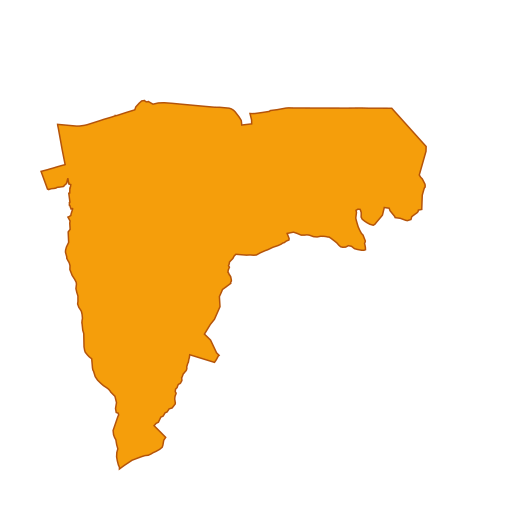 outline of Lugasu De Jos, Bihor, Romania, rotated 167°
{"feature_id": "2599482B52490919803078", "entity_name": "Lugasu De Jos", "entity_type": "district", "adm_level": 2, "iso_a3": "ROU", "parent_name": "Romania", "parent_adm1": "Bihor", "projection": "orthographic", "projection_center": [22.33, 47.093], "detail": "fine", "context": "isolated", "style": "filled", "palette": "amber", "viewbox_px": 512, "rotation_deg": 167, "n_neighbors": 0, "source": "geoboundaries", "source_scale": "gbopen_adm2", "svg_char_len": 5534}
<svg xmlns="http://www.w3.org/2000/svg" viewBox="0 0 512 512"><g transform="rotate(167 256 256)"><path d="M419.7,428.9L419.8,428.1L419.9,424.4L420.9,404.1L421.0,401.4L421.4,388.7L421.4,388.0L421.8,387.9L423.3,387.9L426.3,387.8L431.6,387.5L432.3,387.4L436.1,387.2L436.6,387.2L438.4,387.1L439.1,387.0L446.4,386.8L444.1,368.1L443.7,368.0L443.4,367.6L443.0,367.6L443.0,367.4L442.9,367.4L442.6,367.4L440.8,367.6L440.1,367.6L438.0,367.3L437.3,367.2L436.6,367.3L435.9,367.1L434.5,367.6L433.0,367.5L431.9,367.3L430.2,367.2L428.2,367.0L427.5,367.2L427.1,367.8L424.9,368.9L424.2,369.7L423.3,371.3L422.6,372.7L421.8,374.1L422.0,371.4L422.1,370.7L422.3,369.3L421.9,369.2L422.1,368.2L421.2,367.7L420.4,367.3L420.9,365.9L421.2,365.2L421.6,364.6L421.8,364.0L422.1,364.0L423.3,359.3L424.3,359.3L425.2,350.3L425.8,350.1L426.1,348.6L426.4,347.8L426.4,347.3L426.2,347.3L426.0,347.0L425.9,346.6L425.9,346.1L425.9,345.3L425.6,343.4L424.6,343.6L424.1,343.5L424.0,343.2L426.4,339.1L426.9,338.2L427.3,337.1L428.0,336.9L429.2,336.4L430.5,336.2L429.3,332.0L430.1,329.8L431.1,323.8L433.6,321.7L435.5,311.4L438.7,307.4L440.2,304.6L440.8,302.7L440.6,297.7L440.9,296.3L440.2,293.6L439.7,292.1L439.5,291.0L439.4,288.4L440.4,284.6L439.5,278.5L437.9,274.0L437.1,270.8L437.3,268.9L438.8,264.7L438.8,260.9L438.5,257.1L439.7,251.8L440.6,249.4L440.2,245.9L438.9,242.4L438.6,241.2L438.6,240.2L438.6,238.2L439.1,234.4L440.0,232.2L440.7,230.0L440.7,229.1L441.5,222.7L441.3,219.7L441.3,219.0L444.0,206.2L444.2,202.5L444.0,200.6L442.5,197.5L441.2,195.3L439.2,192.8L440.5,183.8L440.6,181.7L440.2,180.3L439.8,174.6L438.3,170.7L435.9,166.9L433.8,164.0L431.3,161.4L430.0,159.9L429.4,159.0L428.6,157.5L428.2,156.2L425.0,151.0L424.9,144.5L427.2,139.0L427.4,135.0L425.6,133.8L425.6,132.0L426.8,130.5L434.5,118.1L435.0,113.9L434.6,110.8L433.9,108.5L434.2,103.3L434.0,99.2L435.8,95.9L437.0,91.7L437.2,87.8L437.1,83.6L437.0,82.8L436.8,82.1L436.6,80.5L436.8,80.0L437.0,79.2L431.4,81.6L422.7,84.9L414.6,86.0L411.9,86.3L409.1,86.5L405.8,86.1L402.9,86.7L400.5,87.5L397.4,88.1L393.3,89.3L390.4,90.8L389.3,92.6L387.3,97.3L384.8,99.6L393.5,113.6L391.0,115.4L388.5,116.0L385.0,120.4L382.5,120.9L379.8,123.7L377.8,124.0L375.0,126.6L371.9,126.8L368.0,130.0L367.6,131.3L367.6,132.3L367.5,133.2L367.4,134.8L366.9,136.4L366.3,137.8L364.9,139.8L364.7,140.4L365.2,141.9L364.8,143.2L364.2,144.5L362.5,145.5L362.0,146.3L361.5,147.2L360.8,148.1L360.1,148.5L359.4,148.7L358.8,148.8L358.0,149.3L356.9,150.6L356.3,151.2L356.0,152.5L355.8,154.3L355.3,154.6L353.6,157.2L353.1,157.8L352.7,157.9L350.7,159.5L350.4,159.6L349.9,160.1L349.3,160.7L349.1,161.2L348.7,161.9L348.4,163.7L346.6,166.8L345.8,167.7L344.8,170.2L343.7,172.2L343.5,172.8L342.8,174.7L320.4,161.7L318.9,163.0L317.8,164.1L316.4,165.7L315.3,167.0L314.3,167.5L316.2,170.5L319.2,184.3L323.8,191.5L315.9,199.6L313.6,201.4L310.7,203.7L302.5,214.7L300.8,224.7L297.9,228.5L296.2,230.9L290.2,233.5L286.8,235.0L286.9,235.4L286.3,236.4L285.6,237.2L285.4,238.5L285.4,239.5L285.3,240.4L285.5,241.1L285.3,241.4L285.7,242.7L285.9,242.9L286.1,243.4L286.0,243.6L286.3,243.9L286.4,244.7L286.4,245.4L287.0,246.4L286.2,248.6L284.4,251.1L285.0,252.7L284.2,253.8L283.6,255.0L283.2,256.1L281.7,257.1L279.1,258.8L277.3,260.9L275.2,262.2L270.8,260.8L265.1,259.0L261.6,258.4L258.1,257.3L255.4,256.9L250.9,258.2L245.6,259.2L243.4,259.4L237.6,260.7L232.2,261.2L228.8,261.9L227.1,262.6L225.4,262.7L223.2,263.7L220.3,264.2L219.8,265.6L220.6,271.0L214.1,270.8L211.9,269.4L210.9,268.8L207.3,266.2L203.8,265.4L201.7,265.2L199.3,264.3L195.6,261.9L192.1,260.8L188.6,260.7L185.4,259.9L183.0,259.0L182.1,258.5L180.4,257.9L178.9,256.3L176.0,252.8L174.3,250.6L172.8,247.8L171.4,245.9L169.5,245.0L166.6,244.5L163.7,245.3L160.8,244.0L158.4,241.0L155.8,239.6L151.7,237.8L149.6,237.3L147.9,237.5L147.5,239.7L147.4,241.7L147.4,243.8L147.0,244.5L146.6,244.9L146.1,246.0L147.0,252.3L148.2,254.3L149.2,257.9L149.9,261.6L150.2,266.5L150.3,269.9L150.1,271.0L148.3,275.8L148.3,278.0L146.1,278.7L144.0,278.0L143.7,274.8L144.1,273.0L144.8,270.3L144.2,267.9L142.2,265.4L140.5,263.6L137.9,261.3L134.8,259.6L133.0,260.2L130.6,262.1L125.5,265.9L123.6,267.4L122.2,270.2L120.1,274.4L115.5,272.6L115.2,269.9L112.0,263.4L111.8,262.1L107.0,260.3L102.1,257.1L100.6,256.4L96.8,256.7L95.4,259.3L94.3,259.8L91.1,261.2L89.6,261.8L88.1,262.8L87.7,263.8L87.5,264.2L84.0,264.1L83.9,264.6L82.1,271.3L80.3,277.9L77.4,283.2L76.5,284.6L75.8,285.0L75.4,286.2L75.2,287.9L76.6,293.6L77.9,295.8L78.7,298.2L66.8,319.8L66.6,320.6L65.6,324.4L71.2,334.5L90.5,369.4L101.0,371.9L113.9,374.9L120.0,376.5L122.2,377.0L134.5,379.7L153.7,384.2L168.8,387.7L177.2,389.7L185.5,391.6L190.9,393.0L193.5,393.4L202.4,393.8L209.4,394.5L209.9,394.2L210.3,393.9L212.0,394.0L217.4,394.4L220.9,394.7L224.3,395.0L225.2,395.1L226.7,395.4L227.7,395.6L228.2,395.7L229.4,396.1L229.8,396.2L229.7,389.5L230.5,385.7L240.4,386.8L239.9,391.1L240.1,392.1L241.3,395.5L243.1,399.4L243.8,401.0L244.6,402.3L245.5,403.5L247.1,405.0L249.0,406.1L257.7,409.0L263.0,410.3L273.1,413.6L284.9,417.5L296.4,421.3L303.6,423.7L304.6,424.0L309.4,425.5L311.0,426.0L312.5,426.3L316.8,427.1L318.3,427.1L320.4,427.1L321.3,427.1L322.2,427.1L323.3,428.1L326.2,430.8L326.8,430.6L328.2,430.9L329.1,431.6L329.6,432.6L332.5,432.8L335.6,431.1L336.7,430.3L337.9,429.5L339.6,428.3L340.4,427.0L341.2,425.7L342.1,425.6L349.4,425.1L359.6,424.2L361.4,424.2L361.6,424.5L361.8,424.2L364.9,423.9L367.9,423.7L373.5,423.4L377.5,423.0L386.0,422.3L391.0,421.9L392.3,421.9L393.7,421.9L398.5,422.3L401.5,422.9L415.5,427.5L419.7,428.9Z" fill="#f59e0b" stroke="#b45309" stroke-width="1.5"/></g></svg>